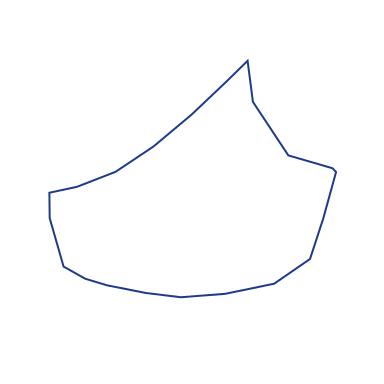 Middlesbrough, orthographic projection, rotated 254°
{"feature_id": "GBR-2031", "entity_name": "Middlesbrough", "entity_type": "Unitary Authority", "adm_level": 1, "iso_a3": "GBR", "parent_name": "United Kingdom", "parent_adm1": "", "projection": "orthographic", "projection_center": [-1.245, 54.532], "detail": "fine", "context": "isolated", "style": "outline", "palette": "blue", "viewbox_px": 384, "rotation_deg": 254, "n_neighbors": 0, "source": "natural_earth", "source_scale": "10m", "svg_char_len": 430}
<svg xmlns="http://www.w3.org/2000/svg" viewBox="0 0 384 384"><g transform="rotate(254 192 192)"><path d="M206.1,48.0L230.6,54.7L228.7,82.8L232.5,124.2L246.4,167.6L266.6,213.1L289.3,256.7L302.8,281.6L261.9,275.4L200.6,294.7L176.1,333.6L171.5,336.0L130.4,310.9L95.1,287.0L81.2,245.7L85.0,195.7L93.9,152.3L107.7,119.7L125.5,85.0L138.0,65.5L155.7,48.0L175.8,48.0L206.1,48.0Z" fill="none" stroke="#1e3a8a" stroke-width="2"/></g></svg>